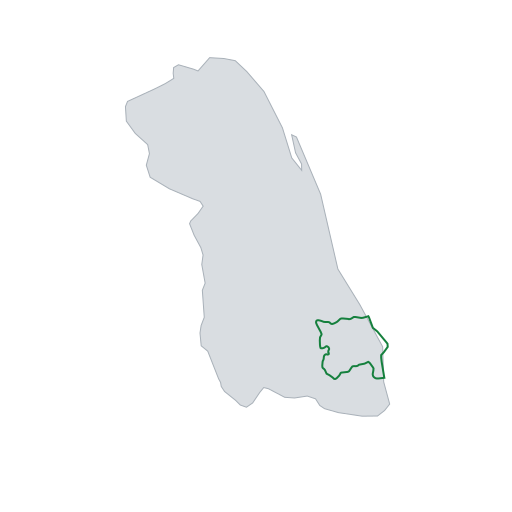 El Salvador, with Sonsonate highlighted, rotated 231°
{"feature_id": "SLV-1348", "entity_name": "Sonsonate", "entity_type": "Department", "adm_level": 1, "iso_a3": "SLV", "parent_name": "El Salvador", "parent_adm1": "", "projection": "mercator", "projection_center": [-89.666, 13.711], "detail": "fine", "context": "in_parent", "style": "outline", "palette": "green", "viewbox_px": 512, "rotation_deg": 231, "n_neighbors": 0, "source": "natural_earth", "source_scale": "10m", "svg_char_len": 2958}
<svg xmlns="http://www.w3.org/2000/svg" viewBox="0 0 512 512"><g transform="rotate(231 256 256)"><path d="M180.0,148.9L184.2,149.7L212.4,158.6L220.7,156.9L231.4,164.0L236.5,169.6L240.9,177.2L263.1,192.7L266.9,199.4L283.5,208.5L290.1,215.5L297.2,218.4L311.1,221.0L322.9,224.7L324.3,227.3L325.5,237.6L328.0,246.3L333.6,246.9L340.5,242.7L362.7,231.0L383.8,223.3L395.6,227.9L402.6,237.6L410.7,241.9L427.3,239.3L442.4,240.1L454.3,248.6L457.0,253.5L449.8,281.7L447.1,293.8L445.8,303.9L450.1,306.6L454.3,310.6L453.4,316.1L440.4,325.1L436.3,327.4L439.3,344.8L429.7,355.3L420.8,362.8L405.2,364.9L378.8,365.7L339.0,357.2L309.7,345.5L293.8,345.4L298.8,349.3L311.3,351.7L327.8,360.0L323.0,362.3L263.3,345.1L194.3,311.4L153.0,306.1L105.7,297.3L77.8,276.0L56.8,266.7L55.0,258.7L55.2,249.7L64.7,237.7L82.4,221.5L94.2,213.2L99.7,211.5L107.5,212.4L114.9,207.7L121.4,196.6L128.1,189.4L145.1,182.1L148.9,179.2L147.6,173.0L143.9,160.9L144.5,153.4L150.1,150.0L156.7,149.3L170.5,146.3L176.5,146.9L180.0,148.9Z" fill="#d9dde1" stroke="#a8b0b8" stroke-width="1"/><path d="M138.5,305.4L137.3,305.2L126.6,301.6L121.0,302.8L105.1,303.0L102.5,301.2L100.8,294.9L100.2,290.9L98.1,289.2L94.6,287.0L81.0,279.3L80.6,279.1L81.0,278.4L83.7,274.2L84.9,272.7L85.4,272.3L85.8,272.0L86.3,271.8L86.9,271.6L87.8,271.4L88.5,271.4L89.1,271.5L89.6,271.7L90.0,271.9L90.7,272.3L91.0,272.6L93.2,275.2L94.4,276.3L94.7,276.6L95.8,276.8L100.9,277.1L102.3,276.9L103.1,276.6L104.0,272.7L104.4,271.9L106.5,268.0L106.7,267.5L106.7,266.0L107.0,265.2L107.5,264.3L108.8,262.8L109.3,261.9L109.5,261.3L109.3,260.3L107.9,255.8L108.0,255.1L108.3,254.2L111.7,248.9L111.8,248.3L111.7,247.9L111.3,247.1L111.0,246.3L110.7,245.3L110.3,242.1L110.3,241.4L110.5,240.3L110.9,239.8L111.3,239.4L113.4,239.1L117.1,238.1L120.1,236.8L124.0,237.8L125.5,237.8L126.4,237.5L126.9,237.5L127.5,237.5L128.2,237.9L129.2,238.6L131.9,241.2L132.4,241.9L133.0,243.2L133.4,243.7L133.9,244.3L134.9,245.2L135.7,246.4L135.8,247.3L135.8,247.8L135.7,248.3L135.4,248.7L135.2,249.0L134.5,249.5L134.2,249.8L134.1,250.2L134.0,250.7L134.2,251.0L134.7,251.4L135.8,251.6L136.6,252.4L137.0,252.9L137.2,253.5L137.4,253.9L137.6,254.2L138.0,254.5L138.6,254.7L139.4,254.9L140.6,254.6L141.2,254.3L141.6,253.9L141.7,253.5L141.7,251.9L141.9,251.0L142.4,249.7L142.9,249.0L143.2,248.7L143.5,248.4L143.9,248.3L145.1,248.8L146.7,249.8L150.3,252.5L152.5,254.6L153.5,257.1L153.7,257.4L154.0,257.8L156.2,258.5L164.2,260.0L166.1,260.6L166.5,260.8L166.8,261.1L167.1,261.4L167.4,261.7L167.5,262.2L167.6,262.6L167.4,263.3L166.9,264.0L165.7,265.0L164.6,265.8L162.2,267.2L161.3,268.1L159.3,270.5L158.6,271.1L157.9,271.4L156.7,271.5L156.4,271.6L155.7,272.0L155.3,272.3L155.0,272.9L154.6,273.9L154.1,275.9L153.8,277.9L154.1,281.7L154.0,282.3L153.6,283.2L152.7,284.3L149.1,288.0L148.7,288.2L148.4,288.5L148.0,289.1L147.6,289.9L147.3,291.4L147.1,293.5L146.6,294.2L145.9,295.0L141.6,298.8L140.7,300.2L138.9,304.3L138.5,305.4Z" fill="none" stroke="#15803d" stroke-width="2"/></g></svg>